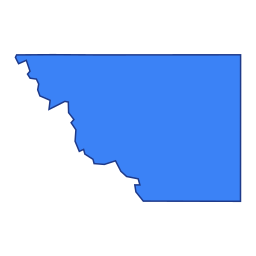 the district of Loving, Texas, United States of America
{"feature_id": "52423323B28459712837049", "entity_name": "Loving", "entity_type": "district", "adm_level": 2, "iso_a3": "USA", "parent_name": "United States of America", "parent_adm1": "Texas", "projection": "natural_earth1", "projection_center": [-103.775, 31.826], "detail": "fine", "context": "isolated", "style": "filled", "palette": "blue", "viewbox_px": 256, "rotation_deg": 0, "n_neighbors": 0, "source": "geoboundaries", "source_scale": "gbopen_adm2", "svg_char_len": 569}
<svg xmlns="http://www.w3.org/2000/svg" viewBox="0 0 256 256"><path d="M240.6,54.8L104.8,54.9L96.1,54.9L52.5,54.7L16.6,54.9L15.4,57.4L18.6,63.7L26.3,60.3L30.0,71.2L27.5,74.1L30.1,78.2L36.4,79.1L38.7,84.0L37.7,89.8L39.9,95.9L50.1,100.3L49.0,109.4L64.8,101.4L68.3,102.0L68.6,112.7L73.9,119.5L71.1,122.7L75.9,129.8L75.1,141.3L79.3,151.4L83.6,149.4L84.9,154.1L93.0,159.3L94.1,163.6L104.4,164.4L115.5,160.8L120.9,171.3L126.6,176.5L138.2,178.8L139.9,184.9L134.8,184.9L135.9,191.9L143.3,201.1L240.5,201.3L240.6,54.8Z" fill="#3b82f6" stroke="#1e3a8a" stroke-width="1.5"/></svg>